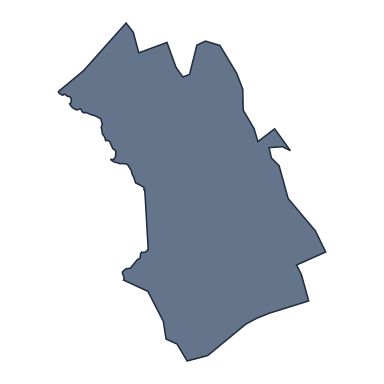 Tazewell, Virginia, United States of America (Equal Earth projection), rotated 270°
{"feature_id": "52423323B83888441081601", "entity_name": "Tazewell", "entity_type": "district", "adm_level": 2, "iso_a3": "USA", "parent_name": "United States of America", "parent_adm1": "Virginia", "projection": "equal_earth", "projection_center": [-81.51, 37.135], "detail": "fine", "context": "isolated", "style": "filled", "palette": "slate", "viewbox_px": 384, "rotation_deg": 270, "n_neighbors": 0, "source": "geoboundaries", "source_scale": "gbopen_adm2", "svg_char_len": 1665}
<svg xmlns="http://www.w3.org/2000/svg" viewBox="0 0 384 384"><g transform="rotate(270 192 192)"><path d="M103.9,123.5L92.6,147.9L62.7,163.3L44.9,166.1L39.9,177.1L23.0,187.1L28.5,207.8L59.8,245.7L65.5,256.3L70.7,269.0L83.1,308.7L109.5,301.4L119.0,296.6L132.0,325.7L153.1,315.4L185.4,288.2L218.3,279.1L226.0,271.4L236.3,269.1L237.3,282.4L233.3,290.4L255.2,274.6L242.4,257.9L255.3,254.1L273.9,243.2L294.6,242.8L310.5,236.8L338.6,219.9L342.9,205.5L338.9,196.9L309.5,189.5L307.1,182.8L316.7,176.0L341.6,167.0L331.2,138.8L351.7,133.3L361.0,126.1L336.3,104.0L313.4,83.6L292.4,58.3L290.3,59.4L290.0,60.4L289.4,61.8L288.8,62.1L288.9,63.0L289.5,63.7L289.7,65.0L287.8,67.2L287.2,69.8L286.3,70.9L284.8,71.0L283.4,71.4L281.4,70.9L281.0,70.7L280.6,69.9L280.1,69.6L279.4,70.0L276.4,72.3L274.2,76.1L274.2,78.0L274.8,79.0L275.1,80.2L274.4,81.2L272.4,82.1L271.0,83.9L271.6,85.4L268.9,92.3L268.7,93.2L268.7,93.7L267.7,96.1L265.2,100.8L259.6,102.3L257.1,101.2L249.4,102.6L249.0,103.2L246.4,104.9L244.1,105.3L243.2,105.9L243.6,107.0L243.5,107.9L242.5,109.6L235.3,112.8L233.5,115.4L231.8,115.8L227.4,115.5L225.7,114.6L224.5,113.1L224.3,111.8L224.7,111.4L224.7,110.9L224.1,110.9L221.9,114.4L221.5,116.1L221.1,117.7L220.3,119.8L220.4,123.2L219.9,126.8L219.2,127.7L213.2,131.4L209.8,132.1L207.0,133.7L201.3,135.5L200.9,135.9L198.9,140.1L196.7,143.6L195.5,144.3L195.1,144.4L194.9,144.1L194.4,143.8L193.2,144.8L134.4,148.2L134.2,147.5L132.9,146.8L131.9,145.4L131.5,141.8L131.8,141.6L130.2,140.5L126.0,140.2L124.1,137.1L115.7,130.2L115.4,126.5L113.8,124.2L112.0,122.4L110.5,122.4L109.5,122.9L106.9,124.0L104.3,123.9L103.9,123.5Z" fill="#64748b" stroke="#1e293b" stroke-width="1.5"/></g></svg>